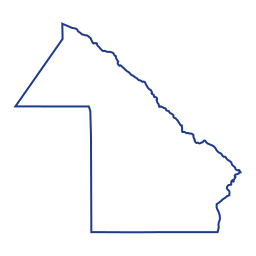 Chaco, Natural Earth projection
{"feature_id": "ARG-1306", "entity_name": "Chaco", "entity_type": "Province", "adm_level": 1, "iso_a3": "ARG", "parent_name": "Argentina", "parent_adm1": "", "projection": "natural_earth1", "projection_center": [-59.946, -26.062], "detail": "fine", "context": "isolated", "style": "outline", "palette": "blue", "viewbox_px": 256, "rotation_deg": 0, "n_neighbors": 0, "source": "natural_earth", "source_scale": "10m", "svg_char_len": 4963}
<svg xmlns="http://www.w3.org/2000/svg" viewBox="0 0 256 256"><path d="M240.6,172.3L239.6,172.3L239.2,172.9L238.7,173.5L237.8,174.0L235.8,174.5L235.1,175.1L234.7,175.7L234.8,176.4L235.5,177.1L235.1,177.9L234.3,178.9L233.9,179.7L233.8,180.1L233.7,180.5L233.7,181.3L233.5,181.6L233.1,181.5L232.8,181.3L232.7,181.2L232.6,180.6L232.4,180.3L232.0,180.6L231.7,181.0L231.5,181.4L231.3,181.8L231.2,182.3L231.2,183.2L231.3,184.1L231.1,184.6L228.8,185.0L227.8,185.7L227.1,186.8L226.9,188.3L227.2,189.0L227.8,189.7L228.9,190.6L229.4,191.6L229.5,192.7L229.3,195.3L228.8,195.5L227.6,195.9L227.0,196.2L225.4,197.6L222.1,199.8L222.0,200.2L221.7,200.5L217.1,204.0L216.7,204.1L216.6,206.1L216.6,207.0L216.8,208.0L217.1,208.8L218.3,211.2L219.0,213.0L219.6,214.9L219.8,216.9L219.9,218.9L219.7,219.9L218.8,222.6L218.6,223.6L218.5,224.6L218.7,226.6L218.7,227.6L217.6,232.1L185.1,232.1L165.4,232.1L134.2,232.3L91.3,232.1L91.3,222.0L91.1,167.3L91.0,138.6L90.9,132.5L90.3,110.9L88.8,106.5L15.4,106.4L28.9,87.1L62.6,38.9L62.3,23.7L72.0,27.9L75.3,28.5L75.9,28.7L76.3,28.9L76.5,29.0L77.1,29.5L77.4,29.9L77.5,30.1L77.7,30.7L77.9,31.1L78.3,31.5L80.3,32.8L81.9,34.3L82.3,34.5L82.6,34.6L83.5,34.7L85.2,35.3L86.3,35.4L86.9,35.4L87.3,35.5L87.6,35.6L89.1,37.0L90.1,37.8L90.5,38.1L90.8,38.5L90.9,39.0L91.1,39.5L92.8,42.8L93.1,43.2L93.3,43.4L93.5,43.3L93.6,43.1L93.9,43.0L94.5,43.2L94.9,43.3L95.2,43.4L95.7,43.2L96.0,43.1L96.5,43.2L96.7,43.4L96.9,43.6L97.0,43.8L97.0,44.1L97.0,44.4L97.2,44.9L97.3,45.1L97.7,45.8L99.5,47.5L100.1,48.4L102.2,50.5L102.5,50.8L103.5,51.0L103.8,51.0L104.3,50.9L104.6,50.9L104.9,50.9L106.5,51.6L107.3,51.8L107.7,51.9L110.1,51.9L110.7,52.0L112.4,52.6L113.1,53.0L113.3,53.2L113.5,53.5L114.7,55.6L115.0,55.8L115.7,56.0L115.9,56.2L115.9,56.5L115.9,57.1L115.9,57.7L116.2,58.3L117.9,61.2L118.2,61.7L118.1,61.9L117.8,62.3L117.7,62.6L117.7,63.0L117.8,63.6L117.9,64.0L118.1,64.4L119.0,65.3L119.4,65.6L119.7,65.8L119.9,65.7L120.3,65.3L120.5,65.3L120.9,65.5L127.1,71.3L127.6,71.6L128.2,71.8L128.5,72.0L129.7,73.1L131.1,74.7L131.4,75.0L132.7,75.5L135.5,77.5L137.1,78.5L137.5,78.9L138.0,79.5L138.3,79.8L138.6,80.0L140.4,80.5L140.7,80.7L141.1,80.9L142.0,81.6L142.3,81.8L142.5,81.8L143.0,81.6L143.3,81.6L143.7,81.6L144.4,81.9L144.9,82.2L145.0,82.5L145.5,83.4L146.1,84.8L146.5,85.5L147.1,86.3L147.7,87.5L148.2,88.1L149.0,89.0L149.6,89.4L150.6,90.0L150.9,90.2L151.1,90.5L151.4,91.2L151.9,92.2L152.0,92.5L152.0,92.8L151.7,93.1L151.6,93.3L151.8,93.7L152.0,93.9L153.6,94.8L153.8,95.1L153.8,95.4L153.9,95.8L153.9,96.2L154.1,96.7L154.3,97.0L154.5,97.1L155.8,97.2L156.3,97.4L156.5,97.6L156.6,97.8L156.9,98.3L157.0,98.6L157.1,98.9L157.1,99.2L157.0,99.4L156.8,99.6L156.6,99.7L156.5,99.9L156.5,100.2L156.9,100.9L157.1,101.2L157.1,101.5L157.2,102.1L157.3,102.5L157.6,102.9L158.5,104.1L158.7,104.5L158.8,105.0L158.8,105.4L158.8,105.7L159.0,106.1L159.2,106.7L159.5,106.9L159.8,106.9L160.0,106.8L160.4,106.5L160.6,106.4L160.8,106.4L161.0,106.5L161.4,106.8L161.6,106.9L161.9,107.0L162.2,107.1L162.6,107.2L163.0,107.4L163.6,107.8L164.0,108.0L164.3,108.1L165.0,108.2L165.5,108.4L165.7,108.6L165.9,109.0L165.9,109.3L166.1,109.9L166.3,110.2L166.5,110.4L166.7,110.5L168.1,110.9L168.6,111.1L168.9,111.3L169.1,111.6L169.5,112.5L169.8,112.8L170.0,113.0L171.3,113.6L172.8,114.6L173.1,114.9L173.3,115.2L173.4,115.4L173.5,115.7L173.4,116.3L173.4,116.7L173.5,117.2L173.7,117.5L174.0,117.7L174.8,118.0L175.7,118.5L177.5,120.4L180.5,125.1L180.7,125.3L181.0,125.4L181.8,125.4L182.1,128.8L182.1,130.2L182.0,131.0L182.1,131.4L182.2,131.8L182.5,132.0L183.0,132.1L183.3,132.1L183.7,131.9L183.9,131.8L184.2,131.9L185.2,132.3L186.2,133.0L186.6,133.1L186.9,133.1L187.7,133.0L188.0,133.0L188.3,133.1L189.3,133.5L189.5,133.5L189.8,133.5L190.6,133.5L191.1,133.5L191.6,133.7L192.6,134.3L193.1,134.6L193.4,134.9L193.5,135.1L193.4,135.8L193.5,137.3L193.7,137.7L193.9,138.2L194.4,138.9L194.6,139.4L194.7,139.7L194.5,139.9L194.5,140.3L194.8,140.9L195.5,142.1L196.0,142.6L196.3,142.9L196.6,143.0L196.8,142.9L197.0,142.8L197.3,142.7L197.7,142.7L198.8,143.2L199.2,143.4L199.7,143.3L200.0,143.3L200.5,143.1L201.4,142.6L202.1,142.4L202.6,142.2L203.0,141.8L203.3,141.4L203.4,141.2L203.6,141.0L203.8,140.9L204.0,140.7L204.6,140.5L205.0,140.6L205.3,140.8L205.6,141.4L205.9,141.9L207.2,143.2L207.6,143.5L209.1,144.1L210.6,144.8L212.6,145.6L213.9,146.5L214.8,147.4L215.9,148.9L216.2,149.6L216.7,150.4L217.9,151.7L218.4,152.2L218.9,152.5L220.7,153.4L221.1,153.6L221.3,153.8L221.8,154.7L222.9,156.2L223.3,156.5L223.6,156.7L223.9,156.8L224.5,156.7L224.8,156.7L225.3,156.9L225.6,157.1L225.8,157.3L226.3,158.3L227.3,159.5L230.6,161.7L230.9,162.0L231.2,162.3L231.3,162.5L231.5,162.9L231.6,163.2L231.7,163.8L231.8,164.1L232.0,164.5L232.5,165.2L234.8,167.2L235.1,167.5L235.2,167.8L235.5,169.0L235.7,169.3L235.9,169.5L236.8,170.0L237.3,170.3L237.6,170.3L237.9,170.3L238.6,170.0L238.9,170.0L239.3,170.1L239.5,170.3L239.6,170.5L239.6,170.8L239.5,171.0L239.5,171.6L239.7,171.8L240.6,172.2L240.6,172.3Z" fill="none" stroke="#1e3a8a" stroke-width="2"/></svg>